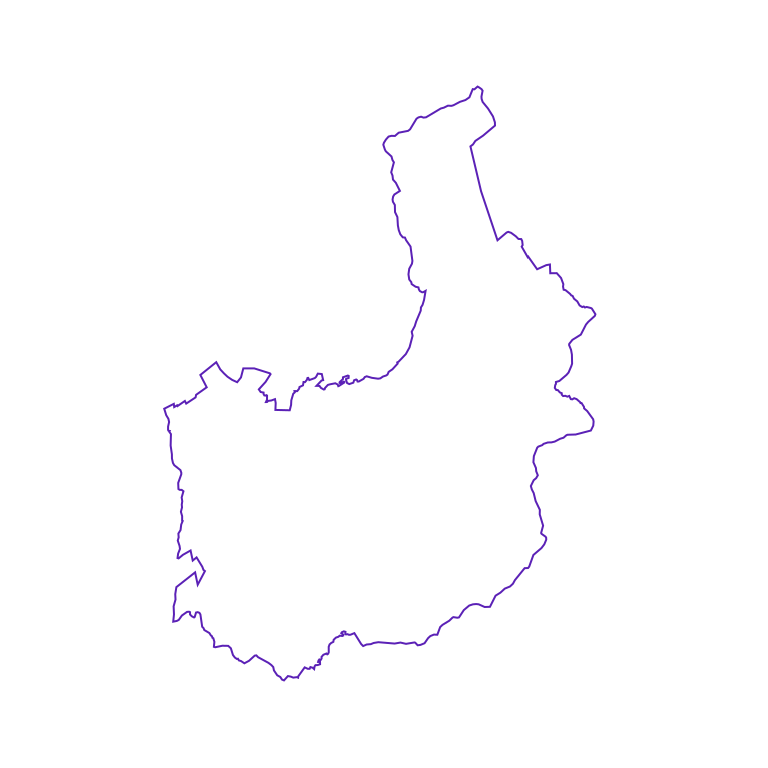 Hateg, Hunedoara, Romania, rotated 99°
{"feature_id": "2599482B32266966922921", "entity_name": "Hateg", "entity_type": "district", "adm_level": 2, "iso_a3": "ROU", "parent_name": "Romania", "parent_adm1": "Hunedoara", "projection": "robinson", "projection_center": [22.928, 45.632], "detail": "fine", "context": "isolated", "style": "outline", "palette": "violet", "viewbox_px": 768, "rotation_deg": 99, "n_neighbors": 0, "source": "geoboundaries", "source_scale": "gbopen_adm2", "svg_char_len": 6149}
<svg xmlns="http://www.w3.org/2000/svg" viewBox="0 0 768 768"><g transform="rotate(99 384 384)"><path d="M442.8,597.2L448.9,594.2L452.1,591.5L455.2,590.3L459.8,590.6L463.1,590.1L463.9,589.5L463.9,588.3L464.9,588.5L466.8,586.6L478.2,585.1L486.6,582.5L490.7,581.8L495.0,580.1L497.0,578.5L500.9,571.6L503.4,570.3L504.9,570.1L513.9,571.8L519.9,570.6L520.5,569.3L520.2,567.3L521.3,565.3L527.7,566.1L531.4,564.9L534.7,564.9L537.5,564.2L542.0,564.6L546.1,562.7L550.6,562.0L550.8,561.4L554.5,562.3L560.1,562.1L563.9,563.7L567.6,562.8L570.9,563.2L575.9,560.6L578.8,559.7L583.7,560.8L588.2,560.7L588.4,559.6L584.2,555.9L578.7,549.0L588.3,545.3L584.6,542.0L592.9,534.9L595.9,533.2L596.8,531.6L611.4,536.6L599.6,541.1L617.1,557.3L624.2,557.3L629.5,556.2L636.5,557.0L644.4,555.4L651.7,555.0L650.4,551.5L649.1,549.8L644.3,547.4L639.9,542.9L639.4,540.8L639.7,539.9L642.0,539.5L643.5,537.5L644.3,535.1L643.7,534.5L639.1,533.9L638.5,532.3L638.9,530.5L640.3,529.3L652.2,525.6L653.4,524.0L655.1,523.0L657.3,517.5L659.4,515.7L660.1,514.4L661.5,513.8L661.8,512.8L665.2,511.2L670.2,510.9L670.4,509.5L667.8,502.7L667.0,496.9L669.0,493.9L675.3,490.8L677.5,488.5L678.6,486.3L678.2,485.3L679.7,484.1L680.0,481.9L681.7,478.2L678.5,474.0L672.5,469.2L672.0,467.6L673.5,465.7L677.5,454.5L679.2,451.3L680.9,449.1L684.1,447.9L688.4,443.9L689.6,440.6L691.9,438.5L692.4,436.4L687.5,433.2L687.6,430.3L688.2,427.7L687.2,424.3L687.5,422.9L686.2,423.0L676.3,418.0L677.2,414.8L676.9,412.9L675.1,412.4L675.4,410.1L676.5,408.4L673.8,408.4L672.4,407.7L672.0,405.6L670.8,403.3L668.6,403.7L668.8,405.6L667.3,405.4L666.2,404.8L666.7,403.7L666.3,403.2L664.8,402.7L663.3,403.0L660.9,401.5L659.2,398.7L659.9,397.8L659.2,397.0L657.6,396.6L652.2,397.5L649.7,397.0L648.0,395.6L646.6,393.7L644.5,393.7L642.0,391.8L640.8,389.5L639.5,388.4L639.4,385.7L638.8,384.9L637.8,385.2L636.8,387.2L635.8,386.8L634.6,385.0L634.8,383.3L637.1,383.1L637.3,382.4L636.8,380.9L637.2,379.4L636.9,377.9L634.7,374.3L644.4,365.9L646.1,363.6L644.0,360.4L643.0,356.3L641.4,353.7L639.9,349.2L638.7,332.9L636.8,327.3L637.2,321.6L634.5,313.5L634.6,312.7L636.8,309.9L636.0,307.2L633.7,303.4L628.1,300.7L625.7,298.8L623.7,295.5L623.3,292.1L615.3,290.5L612.7,288.5L607.6,282.5L604.0,279.8L603.4,279.0L603.4,275.0L602.8,273.4L594.8,269.8L589.5,265.2L587.7,261.7L586.9,258.5L586.8,256.0L588.5,249.7L587.5,244.5L575.6,240.7L571.9,236.4L567.2,232.7L564.3,227.9L561.1,225.4L557.2,224.0L543.9,216.3L543.2,212.9L541.6,212.0L529.5,209.7L521.4,202.8L517.3,200.6L512.4,199.4L510.4,199.8L509.5,200.6L507.3,205.0L506.6,205.5L499.0,204.7L488.4,209.8L483.9,210.4L475.9,215.9L468.3,219.1L465.0,221.5L461.8,223.0L455.6,221.1L453.2,219.0L450.1,217.8L446.4,220.0L443.2,220.8L437.9,224.2L431.8,224.7L422.9,222.7L421.7,221.8L419.6,218.1L418.2,217.1L416.1,213.0L415.5,209.6L414.2,206.4L410.5,201.4L409.0,198.3L406.0,195.8L405.4,194.7L403.9,186.8L397.6,172.4L392.4,170.8L388.3,171.1L386.1,171.9L378.9,179.1L376.8,182.5L375.3,182.9L371.9,185.9L372.1,186.9L371.3,187.4L368.8,191.4L368.3,194.0L369.7,195.6L369.7,197.1L366.8,199.2L367.8,200.9L367.3,203.1L367.9,205.2L366.7,206.8L365.3,207.0L364.8,209.0L362.8,211.4L363.0,212.9L361.1,214.7L358.3,214.7L357.0,214.2L355.1,214.5L353.6,211.3L346.5,205.2L343.8,203.5L337.0,201.8L334.5,201.4L325.6,203.0L321.0,204.6L316.5,207.3L315.3,207.3L310.9,204.8L304.4,197.3L293.7,193.8L290.7,192.0L283.7,186.4L282.0,186.1L277.0,190.5L276.6,191.5L276.2,195.9L277.0,197.5L276.2,198.8L277.0,200.2L275.8,203.1L272.2,206.0L270.0,209.7L267.5,211.5L267.2,212.9L265.9,214.3L262.9,219.4L262.8,221.3L259.8,222.4L257.3,222.5L251.6,225.7L247.5,230.7L248.6,237.1L240.0,238.8L241.2,242.3L246.7,250.7L235.6,261.5L236.3,261.9L226.8,269.5L225.1,268.8L221.1,269.9L219.4,271.1L219.7,273.9L217.5,276.9L214.8,282.1L214.3,285.1L215.2,286.6L224.3,294.4L178.4,318.3L135.8,335.8L133.5,333.6L129.6,331.8L123.2,325.0L111.4,314.8L108.2,315.4L102.7,318.2L95.6,324.4L90.0,330.7L87.1,332.2L84.9,332.7L78.9,332.5L77.5,333.8L76.1,336.7L75.6,338.1L78.8,340.8L78.9,342.5L87.5,344.5L90.8,348.0L93.4,353.1L97.8,359.0L98.7,360.8L99.1,364.4L101.7,368.1L103.0,371.0L114.0,384.2L114.7,386.7L114.2,389.2L115.3,391.7L116.9,393.4L128.4,398.1L130.2,399.8L133.5,408.8L137.3,412.0L137.7,415.4L138.9,418.2L142.2,420.3L145.7,421.8L147.8,422.1L152.3,419.8L153.9,418.6L158.1,412.2L161.4,410.7L163.5,408.9L173.8,410.0L176.8,408.2L180.7,407.1L183.4,403.8L190.8,398.5L195.2,403.4L197.4,404.3L200.4,404.4L202.6,403.7L205.5,401.3L212.5,400.0L217.0,396.9L225.2,395.1L229.7,393.5L233.6,391.3L236.2,388.4L236.1,386.2L238.5,384.7L244.1,379.3L258.0,375.2L260.8,375.2L266.2,377.1L271.8,377.0L276.9,375.4L279.1,373.0L281.0,372.3L283.0,368.0L283.2,365.1L285.2,364.3L286.6,363.1L287.4,360.8L287.3,359.8L285.5,357.5L294.7,357.6L299.8,358.3L302.6,359.5L305.8,359.2L317.2,362.0L322.1,362.7L328.1,364.8L331.9,363.3L343.8,364.5L351.0,367.1L359.7,373.1L360.6,374.3L361.7,373.7L368.2,378.0L371.3,381.3L374.1,382.0L375.2,383.1L376.8,386.2L379.0,388.5L379.7,390.7L379.8,397.0L379.1,402.3L380.2,404.1L382.1,405.0L385.5,409.3L385.7,410.5L384.2,411.4L383.9,412.2L385.0,414.1L387.5,414.5L389.5,418.3L388.8,420.6L385.8,422.2L384.8,422.2L383.6,419.9L381.6,420.1L381.3,421.0L383.8,425.6L385.5,425.3L389.1,428.1L389.8,428.1L390.2,427.2L387.9,424.1L388.2,423.5L388.8,423.5L392.9,428.1L393.3,428.8L391.8,429.6L390.9,432.2L392.8,437.4L393.7,439.3L397.1,441.6L398.5,441.8L398.9,442.6L397.7,445.7L396.0,447.4L396.4,450.4L390.3,446.2L389.7,444.7L383.9,447.0L384.1,451.0L387.6,452.2L389.0,453.3L391.8,458.4L389.8,459.8L390.0,460.5L391.9,460.8L394.5,462.3L394.6,463.8L398.0,463.8L400.2,467.0L401.9,467.1L404.6,468.6L405.0,471.3L406.2,470.8L407.8,472.1L414.6,473.0L419.2,472.5L424.7,473.0L426.6,487.2L419.7,488.0L416.0,489.3L417.9,492.7L418.8,495.8L420.1,496.7L420.3,497.8L417.8,497.1L413.7,497.7L413.4,498.4L414.0,499.3L414.0,500.4L412.7,501.4L411.3,501.6L411.2,504.6L408.9,506.8L400.5,501.3L392.0,497.6L391.3,498.4L388.9,514.5L390.6,525.4L399.9,526.3L405.2,529.3L403.7,534.6L401.3,539.7L398.5,543.8L395.2,548.0L388.7,553.1L403.8,566.8L415.0,558.6L424.1,567.9L426.7,568.0L434.3,576.3L431.9,578.0L438.1,584.5L437.4,585.0L439.6,587.6L436.5,588.5L442.8,597.2Z" fill="none" stroke="#5b21b6" stroke-width="2"/></g></svg>